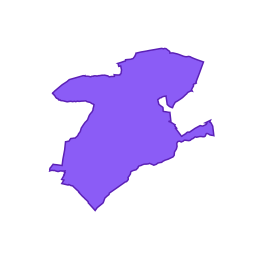 Vadu Moldovei, Suceava, Romania (Albers equal-area conic projection), rotated 291°
{"feature_id": "2599482B82273337818064", "entity_name": "Vadu Moldovei", "entity_type": "district", "adm_level": 2, "iso_a3": "ROU", "parent_name": "Romania", "parent_adm1": "Suceava", "projection": "albers", "projection_center": [26.396, 47.385], "detail": "fine", "context": "isolated", "style": "filled", "palette": "violet", "viewbox_px": 256, "rotation_deg": 291, "n_neighbors": 0, "source": "geoboundaries", "source_scale": "gbopen_adm2", "svg_char_len": 5706}
<svg xmlns="http://www.w3.org/2000/svg" viewBox="0 0 256 256"><g transform="rotate(291 128 128)"><path d="M151.6,210.9L160.1,206.4L160.5,205.9L162.3,203.9L162.6,203.5L162.8,202.5L162.8,202.2L163.1,202.1L164.0,202.2L164.7,202.2L160.5,198.3L160.6,198.9L160.6,199.9L159.8,199.9L159.2,199.6L158.1,198.6L156.6,197.1L156.4,196.4L156.1,194.5L151.8,190.8L145.9,186.7L145.8,185.7L145.6,185.3L144.9,184.6L144.2,184.2L143.4,184.0L142.4,183.1L141.7,182.7L140.8,181.9L139.7,181.4L139.4,181.0L144.7,172.6L145.3,173.4L146.8,170.8L147.9,170.8L148.0,169.8L148.5,167.4L148.8,165.2L148.8,164.8L148.7,164.4L148.7,164.0L148.9,163.9L149.0,163.9L149.2,164.3L149.9,165.2L149.9,165.5L157.6,161.5L157.3,160.7L156.8,158.0L156.2,155.2L156.3,154.8L156.9,154.5L158.0,154.1L159.6,153.3L159.7,153.2L159.9,152.7L160.5,150.4L161.1,148.4L163.9,146.4L164.8,145.8L165.2,145.6L165.5,145.8L165.9,146.2L166.2,146.4L166.7,146.5L167.6,147.2L168.3,148.2L168.5,148.4L169.0,148.6L169.4,148.9L169.9,149.5L170.8,150.9L171.3,152.0L171.2,152.0L170.6,152.5L164.0,156.2L163.0,158.8L162.9,159.3L162.8,161.9L162.9,162.3L165.0,162.3L165.6,162.3L167.8,162.7L168.7,162.8L169.0,162.9L169.3,163.1L170.0,163.8L172.0,165.3L173.4,166.3L173.8,166.6L175.9,168.0L177.1,168.6L179.2,169.6L179.7,169.8L180.9,170.5L181.2,170.6L182.1,170.8L182.6,171.1L183.1,171.4L184.9,173.2L185.2,173.6L185.4,174.4L185.5,174.7L185.5,174.8L185.7,174.6L186.1,173.6L186.5,173.7L187.9,173.7L189.1,173.8L189.8,174.0L190.9,174.1L191.7,173.5L192.0,173.5L192.4,173.6L193.2,174.3L193.7,175.1L194.0,175.4L194.5,175.7L195.1,175.0L196.1,175.1L196.7,175.0L204.3,175.0L209.8,174.9L216.7,174.8L216.5,168.2L216.5,164.8L216.6,161.9L216.8,160.8L216.7,159.6L216.6,159.1L216.4,158.6L215.8,157.7L215.3,156.6L215.0,155.1L214.9,154.3L214.9,149.6L214.8,147.3L214.2,143.0L213.0,140.2L214.0,139.8L214.4,139.4L214.6,138.9L214.9,137.6L215.3,136.4L215.6,135.4L215.7,135.1L215.4,133.6L214.7,132.9L214.5,131.6L214.4,130.9L213.5,129.3L211.5,126.0L208.0,120.1L206.4,117.6L203.5,112.7L200.7,108.6L200.0,108.8L199.7,108.8L199.3,108.7L198.7,108.8L198.1,108.6L197.5,108.7L196.2,108.3L194.9,107.9L194.5,107.7L194.2,107.3L194.0,106.9L193.2,106.0L191.7,102.9L190.9,101.3L190.6,101.2L190.1,101.5L189.9,101.5L189.6,101.5L188.8,100.4L186.9,98.2L184.7,95.4L184.7,95.6L182.4,97.1L182.2,97.3L183.3,98.9L179.8,101.2L178.3,101.5L176.7,101.9L175.9,101.8L175.4,101.4L174.9,101.5L174.6,101.3L174.5,101.1L174.4,100.7L174.0,100.0L172.9,96.6L172.8,96.0L171.3,96.8L171.2,96.6L170.6,95.3L170.4,94.6L170.2,94.1L169.9,93.7L169.6,93.0L169.3,92.7L169.0,92.1L169.1,91.8L169.4,90.8L169.4,90.2L169.4,89.9L169.2,89.1L169.2,88.4L169.1,88.2L169.0,87.7L169.0,87.4L167.8,84.5L167.4,83.9L167.2,83.5L166.7,82.6L166.4,82.3L166.4,81.9L166.1,81.5L165.8,81.0L165.2,80.4L165.2,80.2L165.3,79.5L164.7,78.3L164.6,77.8L164.6,77.6L163.8,77.0L163.7,76.7L163.5,75.9L163.2,75.6L163.0,75.4L162.7,75.2L162.4,74.7L162.3,74.2L162.2,72.9L162.1,72.5L161.7,71.2L161.2,70.1L161.1,69.7L161.1,69.3L161.5,69.1L161.1,68.6L160.8,67.4L159.9,66.2L152.1,55.8L151.7,55.6L151.4,55.5L150.6,55.0L149.7,54.6L144.7,51.0L136.6,46.5L135.8,46.1L135.2,45.9L133.7,45.1L133.3,45.1L133.1,45.2L133.0,45.7L133.0,46.2L132.4,46.9L132.3,47.4L131.5,48.6L131.0,49.2L130.7,49.6L130.6,50.0L130.2,50.5L130.2,51.5L130.3,51.8L130.2,52.0L129.9,52.4L129.9,52.5L129.9,52.8L129.5,53.1L129.5,53.5L129.4,53.6L129.5,53.8L129.5,54.0L129.8,54.3L129.9,54.5L129.7,54.8L129.6,55.2L129.5,55.5L130.1,57.4L130.5,60.8L130.6,61.7L130.8,62.1L131.0,62.6L131.3,62.9L132.0,64.2L132.4,64.9L132.5,65.2L132.7,66.8L132.9,67.1L133.7,68.4L133.8,68.7L133.8,69.5L133.9,69.8L134.4,70.5L134.8,71.0L135.0,71.3L135.1,71.9L135.2,72.5L135.4,73.1L135.9,74.0L136.4,74.9L137.3,77.0L138.2,78.8L138.1,79.1L137.9,80.2L138.1,81.9L138.3,83.1L138.3,83.7L138.2,84.1L137.9,85.1L137.8,86.2L137.8,87.2L137.7,87.8L136.1,88.2L133.3,88.5L132.0,88.9L131.4,88.8L130.1,88.6L127.9,87.8L126.3,87.4L125.2,87.3L121.5,87.3L120.9,87.2L119.2,86.6L118.0,86.0L115.4,85.3L112.1,84.6L111.2,84.4L108.9,84.6L107.8,84.7L106.8,84.5L104.6,83.9L103.6,83.9L102.5,83.7L99.6,82.2L99.5,81.8L98.8,80.4L98.1,79.4L97.9,78.6L97.7,78.4L97.4,78.2L97.0,78.2L95.8,77.8L95.3,77.8L94.9,77.7L94.4,77.3L93.9,76.6L93.8,76.1L93.3,75.6L92.8,74.6L84.9,76.7L75.6,78.4L69.4,79.9L68.9,78.0L68.0,74.0L67.6,72.8L67.3,71.1L66.7,71.0L65.6,70.6L64.5,70.3L63.5,70.0L63.0,69.7L62.6,69.7L61.4,69.7L60.7,70.2L59.9,70.3L60.4,70.9L61.2,72.1L61.6,73.5L61.7,74.1L62.0,74.5L62.1,75.0L62.0,75.7L62.1,76.8L62.2,78.0L62.4,78.5L62.6,78.9L63.5,79.9L63.8,80.4L64.4,82.7L65.3,84.6L63.7,84.6L63.7,85.2L61.3,84.9L61.3,85.3L56.2,84.5L56.4,86.8L53.4,86.3L52.4,86.1L53.3,92.6L53.8,92.8L54.0,93.0L54.0,94.1L53.8,94.6L53.8,95.0L54.0,96.5L54.2,97.0L54.1,97.3L53.8,97.7L51.4,103.6L51.4,103.9L50.3,105.8L50.1,106.0L50.0,105.8L48.0,109.8L47.1,112.1L46.4,113.5L46.3,113.9L45.0,117.0L44.9,117.2L43.9,117.7L39.2,126.9L42.6,127.8L49.0,131.5L49.9,131.6L54.3,131.5L54.8,131.8L56.7,132.7L59.1,134.1L60.5,133.9L75.9,144.3L76.3,144.5L76.8,145.0L77.0,145.4L77.7,146.0L79.9,146.7L81.0,146.3L81.9,145.7L83.3,146.2L86.0,146.7L87.3,146.4L88.4,146.4L90.1,148.0L91.9,150.5L94.6,151.6L95.5,151.4L96.5,151.9L97.6,153.5L99.1,154.9L100.1,156.2L100.9,158.1L101.7,159.7L102.7,160.8L102.6,164.7L102.5,165.4L103.3,166.3L104.2,167.4L105.9,168.4L106.9,169.8L108.0,171.7L109.4,172.5L111.3,174.2L113.3,176.7L117.2,180.4L119.0,180.9L122.2,180.0L125.8,180.7L128.4,180.4L130.9,179.1L132.2,179.1L133.3,179.5L134.1,180.7L134.2,181.2L134.0,182.7L134.6,183.3L135.3,184.1L136.6,184.8L137.0,185.4L138.0,189.4L138.9,190.6L140.2,191.2L141.5,192.5L143.8,193.9L144.0,195.4L145.7,197.9L146.3,199.4L146.7,201.2L147.2,202.3L148.1,203.0L150.6,203.1L151.2,203.6L151.3,205.1L150.9,206.9L151.2,208.8L151.5,209.9L151.6,210.9Z" fill="#8b5cf6" stroke="#5b21b6" stroke-width="1.5"/></g></svg>